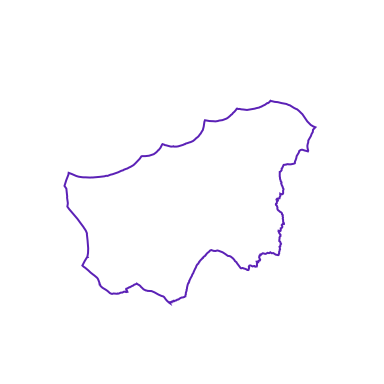 Medina Yoroufoula, Kolda, Senegal, rotated 310°
{"feature_id": "50182788B71056203552440", "entity_name": "Medina Yoroufoula", "entity_type": "district", "adm_level": 2, "iso_a3": "SEN", "parent_name": "Senegal", "parent_adm1": "Kolda", "projection": "natural_earth1", "projection_center": [-14.81, 13.235], "detail": "fine", "context": "isolated", "style": "outline", "palette": "violet", "viewbox_px": 384, "rotation_deg": 310, "n_neighbors": 0, "source": "geoboundaries", "source_scale": "gbopen_adm2", "svg_char_len": 6031}
<svg xmlns="http://www.w3.org/2000/svg" viewBox="0 0 384 384"><g transform="rotate(310 192 192)"><path d="M92.6,246.7L93.0,245.9L93.5,245.9L94.3,247.1L94.6,246.8L95.0,246.9L95.3,247.4L96.3,247.6L96.4,248.0L96.8,247.9L97.0,248.6L98.0,248.9L98.6,249.5L99.2,249.7L100.1,249.9L100.8,250.6L101.5,250.9L102.0,250.9L103.3,251.3L104.5,251.9L105.5,252.9L106.9,253.7L107.3,254.4L107.2,254.5L108.7,253.3L109.4,253.2L110.8,252.1L113.1,251.2L113.5,250.7L114.5,250.4L115.8,249.5L118.4,248.2L120.0,247.7L120.3,247.9L121.2,247.5L121.6,247.5L122.3,246.9L122.8,246.9L125.5,246.2L127.8,245.8L128.8,245.3L130.7,245.1L132.0,244.6L135.7,243.6L136.3,243.6L138.5,242.8L139.5,242.7L139.8,242.6L141.3,242.9L142.6,242.4L143.2,242.6L143.7,242.4L145.5,242.4L147.4,242.6L147.9,242.5L148.4,242.8L148.7,242.6L150.1,242.6L150.7,242.9L151.7,243.1L152.6,242.9L153.1,243.1L153.7,242.9L155.2,243.0L157.5,243.5L158.5,243.4L159.6,243.9L160.0,244.2L160.2,244.9L160.9,246.6L161.9,247.9L163.5,249.0L164.1,250.2L165.5,254.2L165.9,257.4L166.1,260.5L167.0,261.9L167.4,263.0L167.5,265.9L167.2,268.0L166.7,269.4L166.8,271.2L166.4,272.1L166.0,273.9L165.0,278.1L165.1,278.7L166.1,279.4L166.4,279.7L166.6,280.6L167.2,281.8L167.9,284.0L167.8,284.5L168.4,285.3L168.7,285.4L170.8,284.4L171.0,283.9L171.5,283.4L172.6,283.3L173.4,284.1L173.9,286.2L175.3,287.2L175.5,287.5L175.4,288.4L175.7,288.5L176.5,289.5L177.6,289.0L178.7,287.9L179.6,287.7L180.0,287.5L180.0,286.6L180.2,286.3L180.5,286.6L181.0,287.7L181.5,287.3L182.1,287.2L182.5,287.4L182.8,287.9L183.1,288.0L183.9,287.8L185.1,285.4L186.4,284.7L186.8,284.6L187.2,285.1L187.5,285.2L187.8,284.7L188.1,284.5L189.2,285.3L190.4,285.5L190.8,286.0L191.6,287.8L192.1,288.3L194.0,289.0L194.4,289.9L194.9,290.5L196.1,290.7L196.3,292.4L197.5,293.6L197.8,296.3L199.0,298.6L199.3,298.8L199.8,298.7L200.3,298.3L201.1,298.2L202.1,297.2L203.3,296.9L204.0,296.3L204.7,296.3L206.3,294.3L206.6,294.5L207.0,294.6L208.0,293.8L209.4,293.6L209.5,293.1L209.8,293.0L210.1,292.1L210.6,291.5L210.5,290.4L211.7,289.5L212.9,288.8L213.5,288.2L214.6,288.0L215.0,288.1L215.2,287.8L216.0,287.5L216.6,285.2L217.0,284.7L217.4,283.6L218.0,283.2L218.8,284.7L219.2,284.8L220.0,284.4L221.2,283.3L222.2,283.8L223.2,283.7L223.6,283.4L224.3,282.0L226.0,282.0L226.0,282.5L226.5,283.0L227.2,282.5L227.3,281.5L227.8,281.1L228.0,280.7L229.1,279.8L229.5,279.4L229.8,278.7L231.0,278.1L231.8,276.8L232.6,276.5L232.8,276.0L232.8,275.2L233.4,274.7L233.6,274.3L233.7,273.3L233.4,272.5L233.5,271.2L233.4,269.9L233.6,268.8L234.4,267.8L235.1,267.4L236.0,265.8L236.1,264.6L236.4,264.2L237.0,263.9L237.8,264.2L239.3,263.2L240.4,263.4L240.9,263.2L241.0,262.7L240.5,262.0L240.4,261.7L240.6,261.5L240.8,261.5L241.7,261.6L241.8,261.8L242.3,262.1L243.4,263.1L244.9,262.3L245.8,262.2L246.4,261.8L246.7,261.2L247.3,260.8L247.3,261.3L247.9,261.8L248.2,262.5L248.9,262.8L249.8,262.5L251.6,260.9L253.0,260.3L253.3,259.8L253.5,259.0L254.1,258.4L254.3,257.7L254.6,257.4L255.1,256.1L255.7,255.3L255.8,254.9L256.5,254.7L257.0,254.3L257.0,253.8L257.3,253.0L257.9,252.4L258.1,251.9L258.5,251.2L259.9,249.8L260.3,249.2L263.8,246.3L264.3,246.6L265.1,246.7L266.4,246.6L267.6,245.6L268.4,245.7L270.8,245.0L271.7,244.8L273.5,246.5L273.8,246.5L274.3,247.0L275.0,247.5L275.3,248.2L276.7,249.9L279.0,251.7L280.1,252.3L281.7,251.2L282.7,251.0L285.0,250.1L286.8,249.1L290.8,248.5L292.4,247.8L293.3,248.1L293.8,248.1L294.8,248.8L295.3,249.4L296.4,252.1L296.9,253.0L297.6,254.7L298.3,254.5L300.0,252.2L301.5,250.7L303.3,249.7L304.6,249.2L306.2,248.0L311.3,247.1L313.4,246.3L315.5,246.0L317.5,244.7L320.9,244.9L320.2,242.8L319.7,239.9L320.2,234.9L322.6,226.4L322.6,225.4L322.9,222.0L322.9,219.3L322.6,218.6L322.0,216.2L321.3,211.1L320.8,210.2L320.1,207.7L317.7,203.5L316.0,200.0L314.2,197.4L312.8,194.5L312.3,194.1L312.3,193.5L310.0,193.4L308.8,193.0L308.7,192.7L308.2,192.4L305.9,191.9L302.8,190.5L302.2,190.4L301.0,189.6L299.9,189.2L297.6,187.4L296.2,186.5L290.2,181.4L288.2,178.3L287.0,176.6L286.2,175.0L285.3,174.1L284.9,172.9L284.5,172.7L284.0,172.9L280.8,172.9L278.9,172.6L277.3,172.7L276.0,172.3L275.1,172.3L272.2,171.8L270.5,171.3L266.6,169.1L264.3,167.0L262.9,166.1L261.1,164.5L260.0,162.9L257.6,159.8L255.3,155.8L253.9,156.3L249.5,159.0L246.3,160.5L245.0,160.6L242.2,161.1L241.5,161.0L239.1,161.2L237.2,161.0L236.5,160.7L233.6,160.4L231.7,160.0L229.2,158.8L228.6,158.3L226.7,157.2L225.1,156.1L224.2,155.9L223.8,155.4L223.2,155.3L222.1,154.7L218.0,152.0L216.8,150.9L215.2,149.0L215.1,148.4L214.8,148.3L213.4,146.9L212.9,146.0L211.2,142.3L210.5,141.1L210.4,140.3L209.7,138.6L209.1,138.6L205.7,139.4L203.0,139.5L201.9,139.2L200.9,139.3L198.8,139.0L196.4,138.4L192.2,135.8L189.5,133.2L187.4,130.7L186.7,130.3L183.9,130.6L177.6,130.2L175.0,129.9L171.6,128.7L170.7,128.2L168.3,127.3L167.6,126.8L165.3,125.5L164.4,125.3L162.8,124.2L159.7,122.8L154.5,119.7L152.8,118.4L150.1,117.0L149.2,115.8L147.7,114.8L144.2,111.5L139.6,106.9L137.2,104.2L135.1,101.4L133.0,98.8L130.9,95.4L129.9,93.1L128.5,88.3L127.4,85.2L125.8,86.2L120.2,88.1L114.7,90.4L113.8,93.6L108.3,99.3L107.4,99.9L103.9,103.8L103.2,104.4L100.7,105.9L99.9,109.0L97.8,121.5L96.6,126.3L95.5,131.0L94.9,132.9L94.6,134.1L94.0,135.8L92.8,138.1L92.2,138.5L87.8,143.1L82.1,148.7L78.4,151.6L75.1,153.5L75.0,153.8L74.7,153.5L70.1,154.2L65.2,155.3L65.1,157.0L65.3,158.9L65.3,162.9L65.1,166.1L65.2,169.4L65.3,170.7L65.3,174.4L64.9,175.9L64.4,176.8L64.1,177.5L63.6,178.2L63.0,179.4L62.4,179.9L62.2,180.6L61.7,180.8L61.8,181.4L61.5,181.8L61.2,182.5L61.1,185.0L61.7,188.7L61.9,190.9L61.8,193.9L61.9,194.6L62.3,195.8L62.7,196.4L63.8,197.1L65.0,198.8L65.4,199.4L66.1,200.2L66.5,200.3L66.7,200.8L67.2,201.2L69.1,202.1L70.2,203.3L72.0,204.0L72.7,205.1L73.0,205.9L74.0,206.7L74.5,205.8L74.8,204.6L75.2,204.0L75.6,203.8L76.5,204.4L78.8,205.2L79.0,205.6L81.5,206.5L82.3,207.0L83.8,207.3L85.8,208.5L86.3,208.5L86.5,210.6L86.7,211.1L86.8,212.7L86.5,214.1L86.5,215.2L86.3,217.4L86.9,219.9L87.4,220.6L87.6,221.4L90.1,224.7L91.0,227.7L91.9,232.4L92.8,235.5L93.5,237.0L93.6,238.2L92.9,240.9L92.6,242.8L92.5,245.7L92.6,246.7Z" fill="none" stroke="#5b21b6" stroke-width="2"/></g></svg>